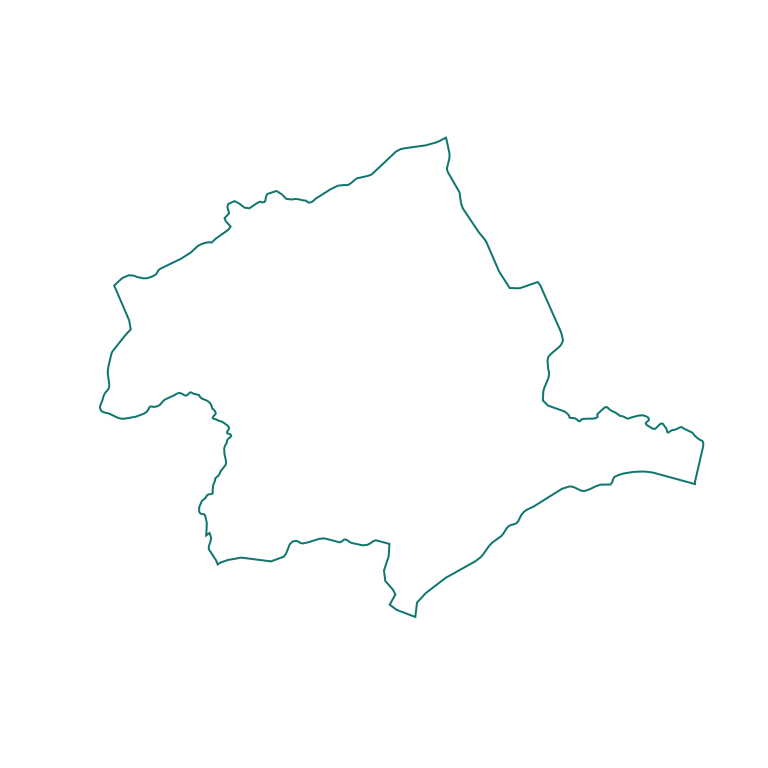 the border of Dix-Huit Montagnes, rotated 247°
{"feature_id": "CIV-3441", "entity_name": "Dix-Huit Montagnes", "entity_type": "Department", "adm_level": 1, "iso_a3": "CIV", "parent_name": "Ivory Coast", "parent_adm1": "", "projection": "robinson", "projection_center": [-7.745, 7.377], "detail": "fine", "context": "isolated", "style": "outline", "palette": "teal", "viewbox_px": 768, "rotation_deg": 247, "n_neighbors": 0, "source": "natural_earth", "source_scale": "10m", "svg_char_len": 4870}
<svg xmlns="http://www.w3.org/2000/svg" viewBox="0 0 768 768"><g transform="rotate(247 384 384)"><path d="M315.0,165.2L314.1,161.2L319.8,164.0L325.3,166.6L332.3,167.9L334.4,167.5L335.4,165.6L336.7,164.3L338.8,164.0L342.8,165.7L347.1,170.2L347.3,170.3L347.4,170.5L347.9,172.0L348.3,173.6L348.9,175.2L350.7,177.7L351.0,179.2L350.6,180.6L350.1,182.0L350.2,183.3L351.3,184.1L353.4,184.8L354.9,185.8L356.5,186.5L357.8,187.4L360.0,189.7L361.3,190.8L362.9,191.7L363.6,193.4L364.2,195.2L364.9,196.8L367.1,199.1L368.0,200.4L370.4,204.7L371.1,206.2L372.7,207.6L375.8,208.7L382.0,209.8L387.1,211.7L389.4,213.6L390.6,215.4L391.9,216.6L393.6,217.8L394.5,219.3L395.4,222.5L396.5,223.2L397.7,222.9L399.9,220.4L401.1,220.8L402.1,221.9L402.9,223.2L403.8,224.2L405.4,224.2L407.5,223.4L412.1,220.6L415.4,216.9L417.0,215.6L418.0,214.2L419.0,213.2L419.9,213.1L420.9,214.3L421.6,216.0L422.4,217.5L423.8,217.8L426.0,217.6L428.6,216.4L431.2,216.7L433.5,216.6L435.6,216.0L438.5,214.0L441.4,211.0L442.7,210.1L444.3,209.5L446.2,209.4L447.4,207.7L448.4,206.3L449.4,205.0L450.3,204.2L451.4,203.4L452.0,202.3L451.7,201.1L451.1,199.7L450.6,198.3L450.8,196.9L451.8,195.8L453.4,194.6L455.5,192.6L456.0,190.9L456.0,189.0L455.6,187.2L455.3,176.6L454.9,175.0L454.6,174.0L452.7,170.3L452.4,169.7L452.2,168.4L452.1,166.6L452.4,164.7L452.9,163.1L454.3,160.8L454.6,160.2L454.4,159.5L454.0,158.7L452.2,156.5L451.3,155.1L450.8,153.3L450.5,151.3L450.9,142.6L453.6,131.0L454.7,128.7L455.4,127.7L456.2,126.6L458.4,124.4L463.1,120.4L465.2,118.1L467.0,115.5L468.2,114.3L469.8,113.2L472.4,113.1L474.5,113.9L479.1,118.5L482.3,121.0L483.9,122.7L485.1,124.4L486.5,127.4L487.5,128.8L489.1,130.1L491.4,131.1L502.0,133.9L507.1,136.7L518.1,144.7L519.3,145.8L520.3,147.2L530.5,165.9L533.2,172.2L542.1,174.3L580.1,174.1L583.8,184.6L583.8,191.6L581.7,195.7L578.7,198.9L575.6,203.3L574.4,205.9L573.8,208.1L573.5,213.6L574.1,217.1L576.8,220.8L577.5,223.2L578.6,245.6L580.5,257.5L583.8,266.5L584.1,270.4L583.9,274.1L583.1,277.6L581.6,280.7L583.6,286.2L586.9,301.3L588.9,304.3L595.5,302.0L598.9,302.0L601.7,308.1L608.2,309.0L610.6,311.1L610.7,318.0L606.3,321.5L600.9,324.4L598.3,328.8L600.0,337.0L600.3,340.5L600.0,341.6L599.3,342.2L598.6,343.1L598.3,345.2L599.2,346.4L603.2,349.1L604.5,351.1L603.7,360.4L598.5,364.1L592.6,366.4L589.9,371.1L588.9,374.9L586.9,378.3L584.8,381.0L583.2,384.0L581.8,384.6L580.4,385.5L579.8,387.6L580.0,389.9L581.3,393.5L584.1,410.6L584.6,419.0L582.8,424.9L581.2,428.6L581.8,432.3L583.1,436.0L583.9,439.2L581.8,450.9L581.7,454.5L593.3,485.9L593.7,491.1L592.7,496.0L587.4,515.5L586.0,526.3L586.0,530.1L586.6,537.2L584.5,537.0L570.3,534.3L565.9,532.2L558.5,526.6L557.1,525.8L553.9,525.6L530.8,528.4L520.6,525.6L518.7,525.4L514.6,525.2L486.3,530.6L477.7,533.2L474.6,533.7L442.7,533.9L423.3,537.2L419.5,545.2L419.0,547.5L417.8,565.4L413.7,566.4L363.3,567.2L358.3,566.7L354.0,565.7L351.2,562.7L349.9,560.4L346.5,549.6L345.1,546.4L343.6,544.9L341.3,543.5L334.0,541.1L329.7,540.3L327.5,539.2L324.9,537.4L318.5,530.7L316.1,528.6L314.6,527.6L306.8,523.8L300.1,526.5L288.2,539.4L284.7,541.4L282.2,542.0L280.7,541.6L279.8,542.6L279.0,544.4L277.7,546.5L276.0,547.7L273.7,548.8L273.3,549.9L274.3,552.3L273.0,556.8L270.5,562.6L270.0,564.8L269.9,566.5L270.4,567.8L271.4,568.1L272.5,568.3L273.2,569.5L276.1,577.8L275.9,579.9L274.7,580.7L272.8,581.5L270.4,583.0L267.6,585.6L264.1,587.9L262.4,588.8L260.7,591.5L257.2,594.4L256.6,595.8L256.5,599.2L255.4,606.2L254.1,610.0L251.8,612.7L249.9,614.0L248.2,614.2L247.1,613.4L246.5,612.1L246.3,610.6L245.6,609.6L243.8,609.7L237.8,613.9L236.8,615.8L237.1,617.2L239.1,622.0L239.2,624.3L238.2,625.2L235.1,625.8L233.7,626.3L232.1,626.5L228.9,626.0L228.2,626.8L228.8,629.6L228.9,631.5L228.3,633.7L228.1,635.6L228.4,637.4L228.4,639.0L228.2,641.1L226.0,642.4L218.6,648.9L216.6,649.3L212.8,650.8L210.3,652.2L207.0,654.9L204.8,654.8L202.0,653.5L172.4,632.0L170.4,631.1L197.5,596.8L201.8,589.3L205.6,579.4L208.1,569.1L208.6,564.3L208.4,559.7L206.9,557.7L204.5,555.8L203.0,553.2L206.8,543.8L207.1,538.4L206.8,532.8L207.1,526.7L208.8,523.8L214.9,518.4L217.2,515.1L218.0,506.9L212.8,474.2L212.4,465.9L211.6,462.7L209.7,459.1L205.3,454.0L204.2,451.9L204.0,449.7L204.6,445.4L204.4,443.1L203.2,440.4L199.6,435.3L198.2,432.6L195.8,422.0L193.9,417.4L188.7,409.2L186.7,405.1L185.1,398.5L181.5,365.2L175.3,341.0L169.9,329.0L157.3,321.8L171.0,307.5L178.6,303.0L185.8,312.3L191.4,311.8L202.1,308.2L212.3,311.1L223.7,321.1L234.7,326.5L243.3,315.5L243.5,313.1L242.5,307.6L242.6,305.0L244.0,301.1L250.1,292.4L251.4,291.1L254.8,288.9L256.1,287.5L256.3,286.1L255.4,282.7L255.6,281.3L265.3,268.7L266.8,263.7L267.9,252.3L269.0,246.8L270.4,244.9L272.4,243.6L274.1,241.7L274.7,238.3L273.2,234.5L266.4,227.9L264.2,224.4L264.9,210.6L279.9,184.9L283.0,171.6L283.5,163.3L282.9,160.4L287.5,160.5L300.2,158.2L303.1,159.3L306.0,162.1L309.7,164.7L315.0,165.2Z" fill="none" stroke="#0f766e" stroke-width="2"/></g></svg>